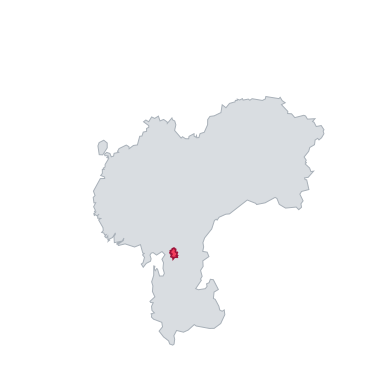 China, with Beijing highlighted, rotated 128°
{"feature_id": "CHN-1155", "entity_name": "Beijing", "entity_type": "Municipality", "adm_level": 1, "iso_a3": "CHN", "parent_name": "China", "parent_adm1": "", "projection": "albers", "projection_center": [116.383, 40.244], "detail": "fine", "context": "in_parent", "style": "filled", "palette": "rose", "viewbox_px": 384, "rotation_deg": 128, "n_neighbors": 0, "source": "natural_earth", "source_scale": "10m", "svg_char_len": 5474}
<svg xmlns="http://www.w3.org/2000/svg" viewBox="0 0 384 384"><g transform="rotate(128 192 192)"><path d="M202.7,276.2L195.5,272.7L195.1,269.6L196.6,268.2L191.4,266.8L188.5,264.0L180.3,267.5L178.7,265.9L174.8,267.3L172.2,265.1L169.9,266.9L167.6,265.9L166.3,267.0L166.5,273.4L163.7,272.7L163.3,269.4L157.7,270.0L157.0,266.7L152.9,265.2L155.7,261.0L152.3,259.0L152.1,254.7L153.2,253.7L146.0,253.4L147.1,251.8L146.7,249.3L149.0,246.1L154.2,243.6L156.2,233.8L154.3,233.5L154.0,229.9L152.1,227.4L150.0,228.6L144.8,226.3L146.8,224.6L146.4,222.8L144.7,223.2L146.3,221.6L144.9,220.1L141.0,221.6L137.4,219.1L129.4,221.1L125.3,224.2L121.4,224.4L118.3,221.4L111.6,218.1L104.7,221.9L104.7,217.1L99.1,217.0L94.5,213.6L93.1,214.2L92.1,212.7L91.0,213.6L90.1,211.0L87.4,209.8L88.1,208.3L84.1,204.8L84.1,202.9L81.5,202.1L76.5,192.9L73.5,191.5L71.3,192.6L64.9,181.0L63.1,180.8L64.5,177.2L64.3,173.5L68.1,175.3L69.5,166.1L71.3,165.0L69.1,161.7L70.1,156.8L62.7,151.1L62.2,149.3L63.5,145.9L58.5,140.2L62.3,140.4L61.9,138.8L63.9,134.4L60.1,131.1L61.7,126.3L63.2,126.2L64.9,123.9L69.5,123.3L72.8,124.0L72.4,126.0L75.2,127.0L79.3,124.6L84.4,126.6L88.1,125.1L95.4,125.2L96.6,121.6L98.6,121.1L98.4,120.0L100.2,120.0L100.7,114.1L102.7,110.9L100.7,109.0L108.9,109.5L111.6,112.0L112.6,110.5L111.8,109.1L118.1,101.4L124.1,106.0L127.3,105.7L130.6,99.0L134.2,98.9L136.6,96.3L140.2,97.0L139.7,100.6L147.1,108.4L148.0,115.6L144.8,121.1L145.1,123.2L155.5,127.7L162.1,133.4L161.7,134.8L164.3,143.5L186.2,149.0L188.7,151.7L195.2,155.1L198.7,154.9L198.6,156.2L200.6,156.8L209.0,153.7L220.4,153.8L225.2,152.2L228.1,149.0L232.2,147.0L230.1,143.0L232.5,138.9L239.6,141.1L243.8,137.4L248.5,137.0L252.2,132.1L255.4,131.7L255.8,130.3L265.9,129.6L265.1,126.8L260.0,122.0L257.1,122.0L255.4,124.0L253.0,122.7L249.5,123.8L248.0,121.2L252.6,111.2L257.3,113.0L262.7,109.6L262.3,107.6L265.5,100.5L267.9,97.5L267.4,94.8L265.1,94.0L268.5,90.6L278.0,88.4L285.8,90.6L288.8,94.3L295.0,106.2L295.1,108.6L303.1,110.0L307.7,112.4L310.6,118.9L316.4,117.8L318.7,115.0L322.9,112.5L324.5,112.9L325.5,116.0L323.7,118.8L323.7,125.2L321.9,132.3L316.4,132.2L313.3,135.6L315.9,144.0L315.5,147.0L312.9,148.5L313.5,149.5L310.4,147.2L310.0,150.6L307.0,153.5L303.1,154.4L304.5,156.5L304.1,157.8L297.5,156.7L294.8,161.9L290.1,165.0L287.6,168.5L281.2,170.9L273.8,176.6L273.4,175.5L276.0,174.2L276.6,172.5L274.1,172.7L274.0,171.7L278.2,165.8L276.1,163.1L273.1,163.7L270.1,167.8L265.3,170.9L263.5,174.3L258.0,174.7L257.4,179.0L263.5,181.1L263.7,185.4L265.3,186.5L267.6,186.3L269.8,183.1L272.1,182.1L276.4,184.1L281.3,184.1L280.0,187.6L278.0,187.0L272.7,189.2L272.0,192.2L269.8,191.9L270.4,193.2L265.2,200.2L270.7,203.4L274.1,212.8L279.4,217.0L279.1,218.2L272.6,216.2L270.2,217.3L273.6,216.8L279.7,222.0L275.0,226.2L272.7,226.3L271.4,227.2L276.9,226.6L281.4,228.9L278.5,231.3L281.0,231.2L280.8,233.3L278.3,233.4L279.6,234.4L278.6,236.3L279.5,238.3L277.0,238.2L274.9,240.2L271.5,248.4L269.0,247.6L270.7,250.2L268.4,251.9L266.6,251.6L269.3,252.2L269.5,255.7L267.0,255.5L267.6,256.7L265.9,256.9L264.2,260.4L259.7,261.3L260.9,262.6L257.1,266.5L254.5,266.2L252.0,270.2L237.9,272.5L235.1,269.1L234.0,270.1L235.2,274.1L232.5,274.1L229.5,276.5L228.2,275.2L227.9,276.6L225.8,275.9L223.8,277.4L216.8,278.3L215.1,280.4L217.0,283.0L216.0,284.2L213.3,283.6L212.2,280.4L214.0,277.3L212.0,275.9L209.5,277.2L205.9,274.2L205.8,275.7L202.7,276.2ZM217.7,285.2L219.7,288.1L213.6,294.5L210.2,295.6L205.5,293.4L205.6,289.0L209.4,286.0L217.7,285.2ZM279.7,219.4L277.9,219.2L276.2,217.8L277.5,218.0L279.7,219.4ZM282.4,227.7L281.0,228.1L280.7,227.3L282.4,227.7ZM270.6,254.5L269.9,255.5L270.0,254.3L270.6,254.5ZM215.9,280.1L217.3,279.8L217.2,280.4L215.9,280.1Z" fill="#d9dde1" stroke="#a8b0b8" stroke-width="1"/><path d="M255.9,168.1L256.0,168.3L256.0,168.5L255.9,168.5L255.8,168.9L255.7,168.9L255.7,169.0L255.4,169.1L254.6,169.2L254.3,169.4L254.2,169.4L253.5,169.4L253.4,169.4L253.3,169.5L253.2,169.5L253.1,169.8L253.1,170.0L253.3,170.2L253.3,170.3L253.5,170.4L253.5,170.5L253.8,170.6L254.0,170.8L253.9,171.0L253.8,171.3L253.7,171.3L253.7,171.5L253.5,171.9L253.4,171.9L253.4,172.0L252.8,172.0L252.6,171.9L252.5,172.0L252.3,172.0L252.2,172.1L252.1,172.3L251.8,172.4L251.7,172.5L251.8,172.7L251.9,172.8L251.7,173.0L251.3,172.9L251.2,172.8L250.9,172.6L250.7,172.4L250.7,172.2L250.4,172.2L250.2,172.2L249.8,172.3L249.7,172.3L249.5,172.2L249.4,172.2L249.2,172.2L249.2,172.3L248.9,172.3L248.7,172.4L248.7,172.5L248.4,172.4L248.2,172.2L247.9,172.0L247.7,172.0L247.4,171.9L247.2,171.7L247.1,171.1L247.2,170.9L247.3,170.9L247.5,170.9L247.6,170.7L247.4,170.5L247.4,170.4L247.4,170.2L247.2,170.0L247.1,169.8L247.1,169.7L247.3,169.6L247.5,169.2L247.8,169.0L248.9,168.7L249.0,168.7L249.2,168.3L249.3,168.2L249.5,168.0L249.5,167.9L249.4,167.8L249.4,167.7L249.2,167.5L248.5,166.4L248.6,166.2L249.2,166.0L249.3,166.0L249.7,166.1L249.8,166.1L250.0,166.0L250.2,165.8L250.3,165.7L250.7,165.1L250.8,165.1L251.0,165.2L251.3,165.1L251.6,165.0L251.8,165.1L251.8,164.9L251.3,164.2L251.5,164.2L251.7,164.3L251.8,164.2L252.0,163.9L252.4,163.7L252.5,163.4L252.7,163.5L252.7,163.8L252.8,164.0L253.0,164.2L253.2,164.4L253.2,164.5L253.5,164.8L253.9,165.1L254.1,165.3L254.5,165.6L254.8,165.5L255.0,165.5L255.6,165.7L256.2,165.6L256.5,165.6L256.3,165.8L256.2,165.8L256.2,166.0L255.9,166.0L255.6,166.1L255.4,166.2L255.2,166.4L255.1,166.5L255.2,166.8L255.3,166.9L255.4,167.0L255.4,167.3L255.4,167.5L255.5,167.7L255.6,167.8L255.8,168.0L255.9,168.1Z" fill="#f43f5e" stroke="#9f1239" stroke-width="1.5"/></g></svg>